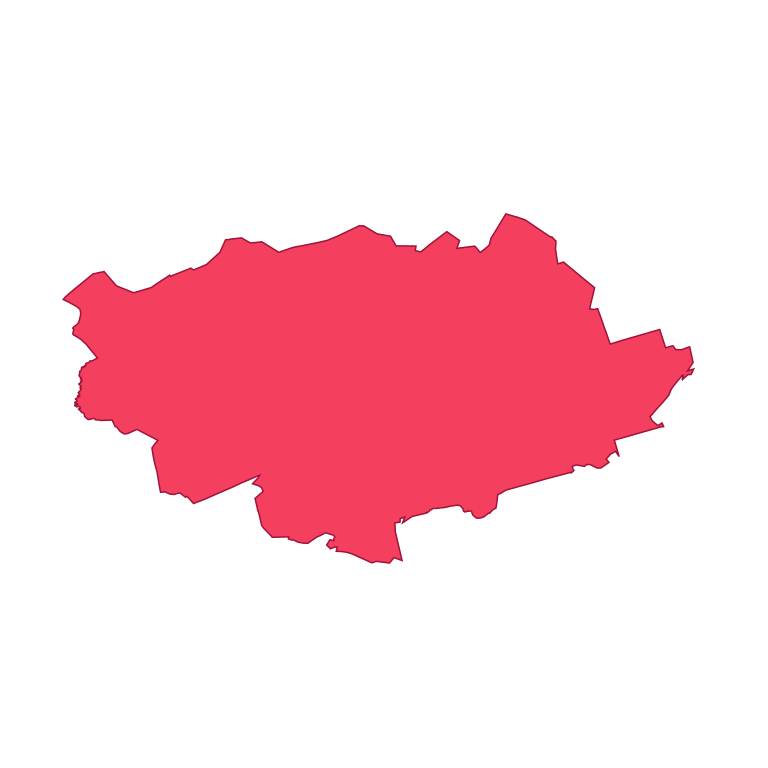 outline of Dāviņu pag., Bauska, Latvia, rotated 167°
{"feature_id": "27541924B37051208002630", "entity_name": "Dāviņu pag.", "entity_type": "district", "adm_level": 2, "iso_a3": "LVA", "parent_name": "Latvia", "parent_adm1": "Bauska", "projection": "natural_earth1", "projection_center": [24.381, 56.504], "detail": "fine", "context": "isolated", "style": "filled", "palette": "rose", "viewbox_px": 768, "rotation_deg": 167, "n_neighbors": 0, "source": "geoboundaries", "source_scale": "gbopen_adm2", "svg_char_len": 6071}
<svg xmlns="http://www.w3.org/2000/svg" viewBox="0 0 768 768"><g transform="rotate(167 384 384)"><path d="M527.4,259.8L511.3,256.5L512.0,254.6L509.5,252.9L507.4,252.4L506.4,251.7L504.4,250.0L503.2,249.2L499.0,247.3L494.0,245.9L490.8,247.3L483.8,250.0L479.6,250.8L474.5,252.2L467.2,248.0L466.4,245.9L467.9,244.3L467.9,242.7L468.0,242.6L471.7,244.4L476.1,240.0L473.2,235.5L468.5,236.2L466.4,235.6L466.3,235.3L468.2,231.8L463.1,230.3L458.8,228.7L456.9,227.7L453.5,225.7L450.9,223.8L437.8,213.8L435.9,212.4L431.6,213.0L418.9,208.3L413.3,212.6L406.1,207.9L406.2,237.2L404.7,246.2L399.4,245.8L398.6,249.1L393.8,249.7L397.1,244.5L386.5,248.6L371.4,248.7L371.4,249.1L370.3,249.1L368.5,249.9L367.3,251.1L366.3,250.9L364.4,251.6L363.0,251.5L360.5,250.9L359.4,250.9L358.2,250.6L357.3,250.7L355.5,250.3L351.1,250.0L345.8,250.0L344.7,249.8L341.2,249.6L340.0,249.4L337.7,248.6L336.9,247.9L335.2,245.0L335.1,244.4L335.1,242.3L334.2,241.2L333.4,241.1L331.2,241.2L329.8,240.9L328.7,241.0L328.1,240.8L327.4,240.1L327.2,237.9L327.0,236.5L326.5,235.7L324.9,233.5L324.5,233.0L324.0,232.6L322.8,232.1L320.8,231.8L318.5,231.8L316.3,232.2L311.7,234.4L311.0,234.6L309.8,234.4L309.7,234.7L305.9,237.1L303.2,237.7L302.7,238.2L301.0,242.3L298.0,250.6L294.2,251.4L290.6,252.7L288.3,253.2L273.3,253.9L266.8,254.1L247.5,255.1L221.5,255.9L221.4,255.3L218.4,257.0L219.2,259.6L219.1,261.4L214.8,261.9L207.2,258.6L205.0,259.8L201.7,259.4L195.1,254.1L191.6,253.4L182.4,257.0L184.4,260.9L179.1,264.6L173.5,266.3L171.2,260.4L172.2,277.5L124.0,279.9L121.1,279.6L121.9,283.5L123.6,282.8L126.6,282.0L130.8,287.6L132.2,292.4L130.8,293.2L124.0,298.2L115.8,303.9L109.0,309.0L105.7,313.8L102.5,316.9L91.0,325.6L90.8,325.6L90.8,324.4L92.1,321.9L92.3,321.5L92.3,321.1L85.9,324.7L82.5,324.2L78.9,329.0L85.3,328.5L78.0,335.4L77.8,351.5L86.3,350.5L92.1,351.9L92.4,352.9L93.8,356.3L101.5,356.0L103.1,375.1L143.1,372.9L154.6,372.0L156.2,386.2L156.5,388.3L157.7,399.6L158.9,409.4L162.6,409.4L166.8,411.0L157.1,430.4L167.0,443.2L172.1,449.9L172.3,450.1L181.5,462.2L181.7,462.4L182.0,462.4L187.7,462.0L186.6,475.9L186.7,476.9L186.5,477.0L184.3,484.4L184.4,484.7L186.7,488.4L187.1,489.3L189.4,490.5L209.4,512.0L217.3,517.0L218.2,517.4L226.9,522.3L227.8,521.5L241.8,507.1L247.1,501.8L250.1,495.8L252.6,494.3L258.3,491.5L260.6,490.6L260.8,490.7L263.6,496.3L264.5,497.9L282.5,499.8L278.1,506.7L278.1,506.9L278.8,507.5L288.5,518.3L308.0,509.6L316.8,505.2L318.6,504.5L323.5,506.9L321.8,511.2L341.2,515.9L342.9,521.5L344.4,526.6L345.0,526.8L356.6,531.7L357.3,532.2L367.4,541.9L368.3,542.6L368.6,542.8L371.8,543.5L372.3,543.8L397.1,538.3L407.3,536.7L415.7,536.7L435.0,537.2L437.8,537.5L442.5,537.5L444.7,537.3L456.9,536.0L471.0,550.0L482.3,551.4L485.9,554.6L489.9,558.4L501.5,559.8L501.9,559.6L502.8,559.6L505.1,560.1L505.9,560.1L506.3,559.7L514.3,549.2L530.2,540.3L543.3,538.0L543.9,538.1L544.1,538.2L546.3,540.4L546.5,540.2L568.0,537.0L568.3,538.1L568.4,538.3L573.1,536.4L578.1,534.7L578.2,534.4L580.7,533.7L589.0,530.4L589.6,530.3L607.2,529.2L607.7,529.4L621.9,539.3L622.8,540.2L631.3,556.1L631.5,556.6L634.4,556.5L635.3,556.7L643.0,556.6L669.0,543.7L675.4,540.2L677.6,538.5L673.3,535.1L665.8,528.4L663.4,524.9L663.6,521.6L664.1,519.6L664.9,517.9L667.1,513.6L667.9,512.5L669.0,511.6L670.1,510.8L672.6,509.9L673.7,509.3L674.4,508.8L674.7,508.1L674.6,507.8L674.1,507.3L673.9,506.7L675.0,505.1L675.9,502.9L675.8,502.2L675.4,501.6L673.1,499.5L669.1,495.4L668.2,493.9L667.6,493.2L667.3,492.5L666.5,491.6L664.7,488.8L664.2,487.5L657.4,473.8L658.1,473.6L663.5,472.1L665.2,472.7L665.6,472.2L666.5,471.5L667.6,471.1L668.7,471.4L669.4,471.2L669.9,470.9L670.1,470.2L670.4,470.0L670.2,469.2L670.6,468.9L671.2,468.9L671.8,469.1L672.1,469.0L672.4,468.8L672.4,468.6L672.2,468.2L672.9,467.9L673.6,467.7L673.7,468.3L674.5,468.4L674.9,468.2L675.0,467.5L675.7,466.5L675.8,465.9L676.1,465.2L676.5,464.9L677.2,464.9L677.8,464.7L678.0,464.3L677.9,463.3L678.0,462.6L678.4,462.3L679.1,461.5L678.8,460.9L679.2,460.4L678.8,459.3L678.1,458.9L677.6,458.3L677.7,458.2L678.1,458.1L678.6,457.1L678.4,456.9L677.5,456.4L677.3,455.7L677.7,455.2L678.6,455.1L679.0,454.9L679.1,454.4L678.5,454.1L678.5,453.9L679.8,453.3L680.7,452.8L681.3,452.7L681.1,451.9L680.5,451.4L680.0,450.5L679.6,450.3L679.6,450.0L679.8,449.7L680.4,449.7L680.6,449.5L680.6,449.1L681.0,448.6L680.9,448.3L680.2,447.9L680.0,447.5L680.1,447.2L680.8,446.8L680.9,446.4L681.8,445.7L682.2,445.6L682.7,445.1L683.7,444.4L683.9,444.2L683.7,443.7L683.1,443.4L682.7,442.7L683.1,442.3L684.1,441.8L685.1,441.5L685.1,441.3L684.9,441.2L684.2,441.1L683.3,440.5L683.4,440.2L684.4,440.2L684.9,440.0L685.6,440.0L687.2,439.0L687.9,438.9L688.0,438.7L688.0,438.3L687.4,438.0L687.2,437.8L687.1,437.1L687.2,435.8L687.4,435.7L688.4,435.9L689.4,435.7L689.5,435.5L689.2,434.8L689.2,434.5L688.7,434.0L687.7,433.7L687.0,433.6L686.8,433.4L686.9,433.0L687.4,432.9L689.7,433.3L690.1,432.9L690.2,432.6L690.0,432.3L689.1,431.6L688.8,431.0L688.3,430.8L687.2,430.8L686.8,431.0L686.5,430.9L685.9,430.0L685.2,429.7L685.1,429.3L685.1,428.8L685.8,428.4L686.9,428.5L687.3,428.2L686.9,427.8L686.4,426.7L685.8,426.5L685.6,426.3L685.6,425.5L685.3,424.8L684.7,424.2L684.3,424.0L684.0,423.7L683.8,423.6L682.7,422.4L683.0,420.5L683.0,419.8L682.3,418.4L681.9,418.1L681.4,417.3L680.4,416.1L679.2,415.6L678.3,415.7L677.9,415.9L677.5,415.7L677.0,416.0L676.3,415.8L674.7,415.8L674.3,415.7L673.8,415.2L673.3,414.1L672.0,413.6L670.6,413.3L669.5,412.9L668.3,412.2L657.0,410.0L655.5,403.0L654.2,402.5L651.7,397.0L648.4,393.8L645.8,393.4L644.1,393.5L634.9,395.3L617.0,380.0L621.2,376.8L624.5,373.9L625.1,366.0L625.3,358.0L624.9,350.1L625.8,335.4L626.1,328.8L621.7,328.1L621.4,328.0L617.4,324.9L613.5,323.6L611.0,323.8L607.4,323.9L602.9,318.3L601.0,318.6L596.4,310.3L591.2,311.2L590.9,311.1L583.8,312.2L569.1,315.0L553.8,317.8L545.2,319.7L525.7,323.1L527.5,321.1L534.5,316.4L533.9,315.9L529.6,313.5L526.6,310.7L526.0,306.4L529.6,304.7L530.5,304.1L535.4,301.5L535.4,301.3L535.4,288.7L535.2,288.5L535.0,283.6L535.0,274.4L534.9,273.6L534.4,272.2L533.7,270.6L527.8,260.8L527.4,260.0L527.4,259.8Z" fill="#f43f5e" stroke="#9f1239" stroke-width="1.5"/></g></svg>